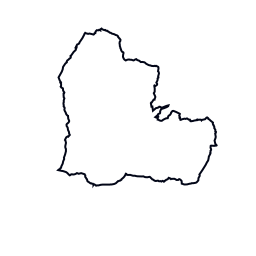 Stroesti, Vâlcea, Romania (Equal Earth projection), rotated 302°
{"feature_id": "2599482B70432473939661", "entity_name": "Stroesti", "entity_type": "district", "adm_level": 2, "iso_a3": "ROU", "parent_name": "Romania", "parent_adm1": "Vâlcea", "projection": "equal_earth", "projection_center": [23.929, 45.07], "detail": "fine", "context": "isolated", "style": "outline", "palette": "ink", "viewbox_px": 256, "rotation_deg": 302, "n_neighbors": 0, "source": "geoboundaries", "source_scale": "gbopen_adm2", "svg_char_len": 5832}
<svg xmlns="http://www.w3.org/2000/svg" viewBox="0 0 256 256"><g transform="rotate(302 128 128)"><path d="M118.1,214.9L118.9,215.1L120.8,215.4L122.9,214.3L125.2,214.2L126.0,213.8L126.4,213.2L131.9,213.4L137.8,213.4L141.0,213.1L141.7,213.2L143.2,213.1L145.3,212.3L146.6,211.7L149.5,211.5L150.3,211.0L150.5,211.2L152.5,210.0L153.4,210.1L154.1,209.7L154.9,208.5L156.6,207.6L157.1,207.8L158.5,210.5L160.0,212.3L160.3,212.3L160.7,211.0L160.7,210.6L163.2,208.1L166.0,207.5L167.0,207.1L169.6,204.8L170.2,205.0L170.7,204.7L171.1,204.8L171.3,204.7L171.4,203.8L172.7,203.1L173.7,201.1L174.5,200.8L175.3,199.8L175.4,199.3L175.8,199.1L175.9,198.5L176.6,197.6L177.6,197.2L178.0,193.9L178.3,192.7L178.3,191.2L178.8,190.8L178.9,189.5L178.4,189.1L176.3,188.7L174.0,186.4L173.4,186.3L173.7,185.7L173.3,184.7L172.6,183.8L172.3,183.3L171.7,182.9L171.4,182.6L171.7,182.1L170.6,181.6L169.3,180.1L168.3,179.3L167.4,178.1L167.1,177.9L166.9,177.3L167.7,176.5L167.9,176.0L167.3,175.2L167.4,173.0L166.9,172.5L166.3,172.2L165.7,170.7L165.1,170.3L164.3,169.4L162.8,168.4L162.7,168.0L164.3,166.7L163.9,166.3L164.1,166.1L164.9,165.8L165.3,165.4L165.6,164.9L166.9,164.7L167.5,164.4L167.1,160.3L166.6,157.5L166.0,156.7L163.9,156.4L163.0,156.7L161.5,156.7L160.5,156.2L159.3,155.9L157.4,156.5L156.3,155.1L153.9,153.6L152.3,153.0L151.7,152.4L151.3,151.4L151.1,150.4L151.2,149.1L150.9,148.7L153.2,147.4L153.6,147.7L153.9,147.5L153.8,146.9L153.4,146.5L153.0,146.3L151.8,146.3L151.7,145.4L154.8,146.4L155.2,146.2L156.0,146.3L157.3,147.3L157.9,147.2L159.2,146.4L161.4,146.1L162.6,146.9L163.7,147.9L166.3,149.8L167.8,150.5L168.6,150.3L167.0,148.8L163.8,146.5L163.4,146.0L163.0,145.4L162.9,143.7L162.6,143.2L161.9,143.1L161.1,142.5L160.9,142.5L159.7,141.2L155.9,140.0L159.1,137.3L158.5,136.6L161.2,134.2L161.9,134.2L162.2,134.6L165.6,134.7L166.1,135.5L166.8,135.2L168.4,134.9L169.1,134.5L171.2,131.4L172.9,131.4L175.7,129.7L177.7,127.9L178.0,127.9L177.8,128.9L179.9,129.7L180.4,129.6L180.9,129.3L181.5,128.0L183.8,127.8L184.8,127.5L185.5,126.9L186.1,126.8L186.7,127.1L187.2,126.9L187.7,126.2L190.6,125.4L191.7,124.4L192.0,123.4L194.5,122.4L195.6,121.6L195.8,121.2L195.8,120.6L195.6,118.8L194.9,118.3L194.8,117.6L194.1,116.9L193.6,116.0L193.1,114.9L193.0,114.0L192.6,113.1L192.3,112.0L192.1,109.3L192.4,107.9L192.4,107.1L191.7,105.3L190.7,103.9L191.0,101.9L190.5,99.7L190.8,98.6L190.1,97.9L188.5,97.1L188.2,96.8L187.6,94.5L186.9,93.4L186.7,92.6L185.5,91.2L184.1,90.3L184.1,88.9L184.5,87.7L185.7,86.0L187.6,85.0L188.9,84.6L189.6,84.1L189.7,83.7L189.5,82.7L190.2,81.1L191.0,80.4L191.6,79.3L192.3,78.8L193.0,77.8L194.4,76.8L195.1,76.1L196.4,75.4L196.9,75.3L197.6,75.4L198.8,74.9L199.4,73.6L199.3,73.2L199.7,72.4L199.8,71.6L200.5,71.0L200.7,69.7L200.7,69.3L200.3,68.2L200.3,66.9L199.5,64.2L199.6,62.9L199.2,62.0L199.4,60.5L199.2,59.4L199.5,59.0L198.9,57.9L198.9,57.7L199.1,56.9L198.7,56.6L198.6,55.9L198.4,55.7L198.2,54.9L198.1,53.5L198.3,52.9L197.1,52.3L196.6,52.4L196.1,52.8L195.9,51.4L195.1,51.1L194.4,49.7L192.7,49.4L191.2,50.0L191.0,49.6L190.7,49.4L189.5,49.5L189.0,49.3L188.9,49.1L188.6,47.9L187.7,45.3L186.7,44.3L186.0,42.0L186.0,41.3L184.8,41.2L184.0,41.4L180.0,41.7L175.0,41.5L174.2,41.6L173.8,41.8L172.0,40.9L171.9,40.7L171.0,40.7L170.2,40.9L169.9,40.8L169.7,40.8L169.6,41.0L169.2,41.0L169.4,41.2L169.4,41.6L168.5,41.8L168.8,41.4L168.4,41.3L168.1,41.7L166.3,42.3L163.7,41.6L159.8,41.4L158.6,41.1L158.5,41.5L157.9,41.9L156.8,42.1L155.7,41.5L154.8,41.4L153.0,40.7L151.5,40.9L151.2,41.3L149.5,40.7L146.5,40.6L145.3,40.6L143.2,41.5L140.7,42.0L134.1,42.3L132.0,45.1L131.2,47.0L130.8,47.0L130.8,46.5L130.6,46.5L130.2,47.6L129.8,48.0L128.1,49.0L127.4,49.0L127.0,50.0L127.1,50.3L127.0,50.9L127.1,51.3L127.1,51.8L125.5,53.0L125.1,53.6L124.4,55.2L123.5,55.4L123.1,55.1L120.9,56.5L120.3,57.1L119.9,57.3L119.5,58.3L117.3,58.9L115.8,59.9L115.0,60.0L113.9,60.8L113.4,61.4L112.3,61.9L111.9,62.7L111.9,63.0L111.5,63.6L111.2,63.8L110.3,64.1L109.7,64.4L108.8,65.6L108.1,67.0L107.8,67.2L107.4,67.9L106.9,68.4L106.4,70.3L106.5,70.7L104.2,72.4L103.0,74.2L102.6,74.5L101.3,74.7L98.9,74.0L98.2,74.1L97.1,75.0L96.4,76.6L94.6,78.1L93.3,80.1L92.0,81.1L91.3,82.3L88.9,81.9L88.8,81.2L87.4,80.6L85.8,80.7L84.4,80.9L84.1,81.7L82.5,83.3L79.4,84.4L78.1,85.3L77.3,86.5L76.2,87.1L75.6,87.6L72.2,88.7L68.9,89.4L67.9,90.3L65.3,90.7L63.2,91.5L60.1,91.8L58.8,92.3L57.8,91.9L56.6,92.0L56.1,91.3L55.3,91.1L56.5,94.5L57.0,95.6L57.8,98.8L57.7,100.3L57.1,102.7L57.0,103.7L57.9,104.2L58.5,104.3L59.1,105.0L59.3,105.7L59.6,106.3L60.5,107.3L61.6,108.1L62.6,108.5L62.9,109.2L62.9,110.0L63.1,110.5L64.9,112.2L65.8,115.7L65.5,116.0L65.2,116.9L63.9,117.6L63.5,118.7L62.9,119.6L62.8,120.4L61.6,121.5L61.3,122.2L61.3,122.4L61.4,122.8L61.2,125.6L61.6,126.0L61.6,126.7L61.7,126.9L61.8,127.2L62.1,127.7L62.0,127.9L62.1,128.5L61.6,128.8L62.0,128.8L62.0,129.1L62.4,129.5L62.2,131.5L62.6,131.7L63.6,133.3L65.6,135.2L66.0,135.8L66.6,136.5L70.4,142.6L70.9,143.1L71.1,143.6L72.3,145.0L73.4,146.1L74.8,147.0L77.6,147.7L77.7,148.0L79.0,148.8L79.2,149.2L80.5,149.8L80.9,149.6L83.5,150.4L85.3,150.7L86.1,150.5L86.9,150.8L87.7,150.4L88.1,150.4L88.2,150.9L87.8,151.8L88.0,152.6L89.4,154.7L90.2,157.6L91.2,159.2L91.5,160.3L92.1,161.7L94.3,165.5L95.1,166.6L95.4,168.5L96.4,170.4L98.1,172.3L98.0,173.2L97.7,174.1L97.7,174.6L97.3,175.8L97.6,177.0L97.4,177.6L97.4,178.5L97.8,179.7L99.1,181.1L99.3,181.5L99.2,182.2L99.5,182.9L100.2,183.7L100.3,184.7L101.4,185.2L101.6,185.5L101.5,186.9L102.0,187.1L102.7,187.1L103.3,187.6L104.3,187.8L105.4,188.7L106.1,188.9L107.3,188.9L107.5,189.7L107.4,190.1L107.6,190.4L107.4,191.5L107.8,191.7L109.5,194.2L109.7,195.6L109.6,196.5L110.6,198.1L111.5,198.3L111.9,198.8L111.9,200.0L111.6,201.1L111.4,201.6L109.3,203.1L109.4,203.5L109.6,204.0L109.6,204.3L109.9,205.6L111.4,207.9L113.4,209.8L114.3,210.9L114.9,211.2L115.7,212.5L117.4,214.4L118.1,214.9Z" fill="none" stroke="#020617" stroke-width="2"/></g></svg>